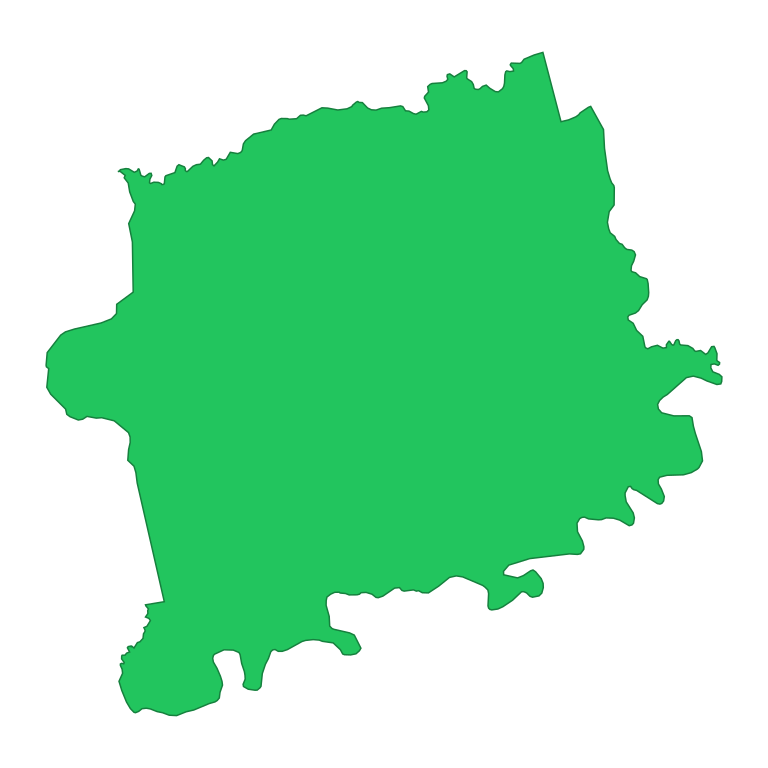 Pisaflores, Hidalgo, Mexico (orthographic projection)
{"feature_id": "50627088B64688657513585", "entity_name": "Pisaflores", "entity_type": "district", "adm_level": 2, "iso_a3": "MEX", "parent_name": "Mexico", "parent_adm1": "Hidalgo", "projection": "orthographic", "projection_center": [-98.985, 21.231], "detail": "fine", "context": "isolated", "style": "filled", "palette": "green", "viewbox_px": 768, "rotation_deg": 0, "n_neighbors": 0, "source": "geoboundaries", "source_scale": "gbopen_adm2", "svg_char_len": 6070}
<svg xmlns="http://www.w3.org/2000/svg" viewBox="0 0 768 768"><path d="M702.5,460.9L701.4,451.6L695.3,433.3L693.4,426.2L692.0,417.6L689.3,415.8L673.9,415.9L661.7,412.8L658.4,409.0L657.6,404.4L659.6,400.5L663.1,397.1L667.4,394.4L686.4,377.6L693.3,376.1L701.0,378.1L707.0,381.0L716.9,384.5L720.8,383.9L721.7,381.5L721.9,376.8L719.3,374.4L712.8,371.8L710.8,367.8L711.0,364.5L714.3,363.9L718.1,365.3L719.5,364.1L719.6,362.5L717.2,360.9L716.8,360.0L717.0,353.7L714.8,347.7L714.0,346.4L711.6,346.7L707.9,352.9L705.7,354.4L700.6,350.5L695.8,351.4L694.6,350.8L692.8,348.4L687.9,345.6L680.8,345.0L679.6,344.0L679.0,340.9L678.1,339.7L676.9,339.7L675.7,340.7L673.8,344.9L672.9,345.2L671.6,344.4L669.5,341.3L668.8,341.3L666.4,344.7L666.4,347.6L662.9,348.1L657.4,345.3L651.5,346.8L647.8,348.8L645.6,347.8L644.9,346.7L642.8,336.3L636.6,330.4L633.2,323.3L628.2,319.9L627.8,316.8L629.1,315.2L635.5,313.0L638.6,310.5L642.2,304.7L647.1,299.9L648.4,296.3L648.7,292.7L648.1,283.6L647.2,279.5L646.4,278.7L639.7,276.6L635.6,272.8L631.9,271.7L631.0,270.4L631.5,265.7L633.7,261.2L635.5,254.9L634.1,251.6L631.8,250.1L626.8,249.4L624.6,247.7L622.1,244.3L619.4,243.4L616.0,239.5L614.7,236.4L610.2,232.8L608.7,228.8L607.4,222.3L609.2,211.6L614.1,205.0L614.3,187.7L613.8,185.5L611.7,182.9L610.0,178.7L607.6,170.7L604.5,148.3L603.5,129.5L590.7,106.4L588.4,107.3L580.1,112.9L578.8,114.7L575.9,116.8L568.6,119.9L561.0,121.7L542.9,52.4L534.1,55.0L524.1,59.2L521.7,62.4L520.2,63.4L511.3,63.1L510.3,64.5L510.5,65.5L513.3,68.7L513.5,71.1L509.8,71.6L506.8,70.9L505.7,71.7L504.9,74.9L504.5,83.1L503.8,86.4L502.5,88.7L498.4,91.9L495.3,91.6L489.7,88.2L486.2,85.1L482.5,86.4L479.9,88.8L478.3,89.5L475.3,89.2L474.1,88.2L473.3,84.5L471.6,81.6L467.1,78.7L466.7,77.6L467.1,71.8L466.2,70.7L464.5,70.6L454.2,76.9L449.8,73.9L447.4,74.6L447.0,76.2L447.8,79.3L446.2,81.2L442.4,82.8L432.1,83.5L430.2,84.3L427.7,86.6L428.5,92.1L424.7,96.3L424.3,98.0L428.4,105.7L428.8,109.9L426.9,111.8L423.2,112.1L421.4,111.4L416.1,114.2L413.5,113.6L409.0,111.1L405.5,110.8L402.8,106.6L400.5,105.9L389.3,107.7L381.6,108.2L376.1,110.1L371.4,109.8L367.6,108.0L362.4,102.6L359.0,102.4L357.8,101.5L356.3,102.1L352.4,105.4L352.0,106.5L347.1,108.8L337.8,110.0L327.7,108.1L321.9,107.8L306.1,115.8L303.3,115.1L300.4,115.3L296.6,118.7L289.2,119.2L287.4,118.6L281.3,118.5L279.0,119.4L274.4,124.2L271.2,130.0L253.6,134.1L245.5,140.7L243.4,143.9L242.2,150.6L240.6,152.5L237.8,153.6L230.3,152.3L226.2,159.3L223.4,160.1L219.5,158.8L217.6,162.1L214.0,165.9L212.5,164.6L212.1,160.9L208.5,157.5L206.6,157.8L203.7,160.2L200.4,164.2L196.4,164.7L192.9,166.3L187.4,171.5L186.3,171.5L185.2,170.3L185.4,168.7L184.4,166.9L178.9,164.7L177.1,166.2L174.9,172.6L165.9,175.7L165.0,176.9L164.3,183.8L163.0,184.5L161.7,184.5L161.3,183.7L158.4,182.4L153.8,182.2L150.6,183.5L149.5,182.8L149.9,179.2L151.8,175.5L151.1,173.3L149.3,173.4L144.7,176.8L142.4,176.2L140.9,175.3L139.1,169.2L138.3,168.9L137.1,171.0L134.3,172.3L128.7,168.9L125.8,168.6L120.3,169.7L119.8,170.7L117.9,171.6L120.0,171.3L125.2,175.4L124.2,177.8L128.2,183.0L129.7,191.9L133.3,201.5L135.3,204.1L134.6,210.8L128.7,223.6L132.4,242.0L133.2,292.1L116.7,304.3L116.5,313.6L111.4,318.9L101.0,323.0L74.6,329.0L65.4,331.9L60.7,335.1L47.2,352.6L46.1,365.2L46.4,366.8L48.7,368.6L46.8,387.3L50.7,394.2L65.6,409.1L66.8,414.3L70.0,416.7L78.3,420.0L82.7,419.2L87.0,416.4L96.3,418.1L101.7,417.7L114.2,420.8L128.5,432.6L130.1,437.0L130.2,442.5L128.6,449.6L127.8,460.3L134.0,466.2L135.9,472.6L137.2,483.0L164.3,601.7L145.5,604.8L145.8,605.8L148.4,608.9L147.7,610.6L147.9,613.5L145.5,617.0L148.9,618.4L150.4,620.6L146.9,626.3L143.9,627.6L145.0,630.0L145.0,631.4L143.5,633.8L143.0,638.4L139.9,641.8L137.4,642.6L134.0,648.0L132.1,646.4L131.3,646.7L131.1,646.0L128.2,646.6L127.4,647.8L129.6,652.0L126.7,653.1L124.9,655.2L122.2,655.2L121.7,656.0L121.6,658.9L124.2,662.5L123.7,663.8L121.8,663.3L120.4,664.0L120.4,665.4L122.1,669.2L122.6,673.3L119.0,681.3L121.8,690.5L126.5,702.0L130.4,708.6L134.0,712.3L135.5,712.7L138.7,711.4L142.0,708.7L146.3,708.2L150.3,708.9L157.1,711.6L162.5,712.7L169.2,715.2L176.6,715.6L186.1,711.8L193.8,710.0L209.1,703.6L215.0,701.9L217.2,700.5L219.3,698.0L220.0,692.4L222.5,685.1L222.0,681.3L220.4,676.2L217.0,668.3L213.4,662.1L212.7,658.3L213.4,655.5L214.5,654.2L224.0,649.8L233.3,650.1L239.0,652.5L240.1,654.6L241.7,663.6L244.4,671.6L245.0,675.3L245.2,679.1L243.1,684.3L243.5,686.5L248.2,689.2L255.0,690.2L257.2,690.1L260.0,687.8L261.0,686.3L262.3,673.6L265.4,664.3L268.4,658.5L270.8,651.7L272.7,649.9L275.1,649.5L278.2,651.3L282.3,651.3L287.4,649.6L302.0,641.5L305.6,640.4L313.2,639.6L319.3,640.1L322.3,641.3L333.2,642.9L340.4,649.7L342.7,654.0L344.5,654.7L350.6,654.9L356.0,653.8L359.4,650.8L360.9,648.2L354.3,635.1L349.6,632.9L333.9,629.3L332.0,628.5L329.7,626.1L329.2,616.4L326.1,605.3L326.2,600.6L326.9,597.1L330.6,594.2L334.7,592.3L339.2,592.2L340.1,593.0L345.5,593.5L349.1,594.9L357.0,594.8L359.4,594.2L361.1,592.7L366.1,592.4L372.0,594.2L376.0,597.4L378.2,597.7L382.9,596.1L394.6,588.1L399.5,587.6L401.9,590.4L404.1,591.1L413.5,589.9L416.3,591.1L418.6,590.7L422.3,592.7L428.4,592.9L438.6,586.2L449.5,577.4L456.3,575.9L462.7,576.9L482.7,585.4L485.0,587.1L487.9,590.0L488.6,593.6L488.0,605.9L488.6,608.1L489.9,609.4L491.8,609.9L497.9,609.0L502.9,606.7L512.6,600.2L521.6,591.7L523.9,591.7L526.6,592.9L530.0,596.3L532.5,597.2L539.0,595.9L541.8,593.1L543.3,587.6L543.1,583.3L541.2,578.6L535.6,571.8L533.0,570.0L530.6,570.8L523.4,575.6L517.6,577.9L503.7,574.8L503.5,571.3L508.8,565.1L529.7,558.6L569.4,553.9L577.4,554.4L580.5,553.8L583.8,549.3L583.9,546.8L582.4,541.0L577.5,531.7L577.0,523.2L579.7,518.6L581.9,517.4L584.5,517.1L588.6,518.9L598.4,519.8L601.6,519.6L606.1,517.9L613.4,518.2L619.7,520.1L629.2,525.7L632.0,524.9L633.5,523.2L634.4,517.9L633.2,512.9L626.2,501.8L625.1,495.5L625.1,492.9L628.3,486.7L630.6,486.4L632.1,488.6L633.8,489.7L636.6,490.4L657.4,503.6L659.9,504.1L661.8,503.4L663.6,501.0L664.3,496.5L661.4,489.1L658.4,483.9L658.1,479.7L659.6,477.2L667.0,475.3L683.5,474.8L691.3,472.6L697.5,469.0L699.0,467.5L702.5,460.9Z" fill="#22c55e" stroke="#15803d" stroke-width="1.5"/></svg>